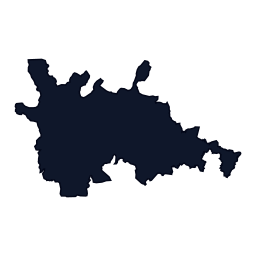 outline of Chiconquiaco, Veracruz, Mexico
{"feature_id": "50627088B84819198582198", "entity_name": "Chiconquiaco", "entity_type": "district", "adm_level": 2, "iso_a3": "MEX", "parent_name": "Mexico", "parent_adm1": "Veracruz", "projection": "orthographic", "projection_center": [-96.756, 19.758], "detail": "fine", "context": "isolated", "style": "filled", "palette": "ink", "viewbox_px": 256, "rotation_deg": 0, "n_neighbors": 0, "source": "geoboundaries", "source_scale": "gbopen_adm2", "svg_char_len": 5804}
<svg xmlns="http://www.w3.org/2000/svg" viewBox="0 0 256 256"><path d="M66.8,196.6L75.5,196.4L77.3,194.9L80.3,195.7L85.5,195.9L86.8,195.6L87.2,193.6L86.9,190.7L86.4,189.6L86.6,188.5L87.0,187.4L88.0,187.3L88.9,186.5L89.1,185.5L88.6,184.3L87.4,183.5L90.2,180.1L88.8,179.4L90.3,175.9L91.2,175.6L91.8,176.2L91.8,177.5L93.0,179.3L93.4,182.1L96.3,182.6L102.0,182.0L106.2,180.6L110.7,180.3L109.0,176.9L101.9,170.7L101.4,169.9L101.8,168.7L101.4,166.6L101.9,165.7L102.9,165.5L103.8,164.0L104.9,163.2L106.8,163.3L107.3,162.9L109.9,162.6L110.2,161.1L112.4,157.9L113.1,155.5L114.1,154.5L115.1,154.6L116.2,156.5L115.8,162.2L114.6,163.8L116.3,163.7L117.2,162.5L117.6,160.1L118.9,159.6L119.2,158.4L122.2,158.1L123.6,159.0L123.3,160.7L124.6,161.9L125.4,162.2L125.7,161.5L127.9,161.4L128.9,161.7L129.2,162.6L131.0,163.8L133.7,164.4L134.3,165.0L135.0,164.8L135.6,165.5L136.8,169.5L135.5,170.3L136.2,174.5L135.9,178.0L141.4,183.0L142.7,183.7L143.2,183.5L145.1,185.0L146.0,184.1L145.1,183.0L145.6,181.0L147.5,179.1L149.4,178.9L150.1,180.6L151.4,180.2L157.6,173.2L159.9,173.1L161.7,174.0L162.2,175.3L163.1,175.3L163.7,174.1L165.5,173.5L171.5,174.3L171.1,172.6L171.9,173.2L172.5,171.7L171.6,168.6L171.6,166.7L173.0,166.6L173.4,165.7L174.1,166.0L174.2,166.6L174.6,166.5L176.0,167.6L177.6,168.1L178.7,166.4L178.1,165.6L179.3,165.4L179.8,163.9L181.6,164.9L183.0,163.5L184.5,163.1L186.4,164.8L188.7,165.4L190.0,166.9L190.2,168.1L192.0,167.1L194.8,167.3L195.5,166.8L195.0,165.5L197.4,165.3L198.2,166.1L200.4,170.8L203.0,171.3L203.3,170.0L202.7,169.5L204.2,168.4L203.1,166.9L204.3,165.4L204.2,164.6L204.8,164.2L204.9,163.0L205.6,162.5L205.6,161.8L204.8,161.4L204.3,161.8L203.1,160.5L201.7,160.1L201.5,158.0L202.5,156.8L201.8,155.7L203.1,155.4L203.0,153.8L203.6,154.0L203.6,152.9L204.0,153.2L204.0,152.1L204.7,152.5L205.0,151.6L206.7,152.2L207.2,151.3L207.7,151.4L209.0,148.8L210.8,149.2L211.5,150.1L211.6,151.0L212.6,152.5L212.5,153.2L214.2,152.7L214.4,152.2L214.4,152.8L215.0,152.3L214.7,153.0L216.4,153.3L219.3,152.6L221.0,154.9L220.6,155.6L220.6,157.8L219.5,158.5L221.0,159.8L221.3,160.9L222.4,161.8L222.4,163.4L221.6,164.2L221.9,165.4L220.8,165.7L221.3,166.5L220.3,167.9L220.7,167.9L221.2,169.2L220.9,170.4L222.0,171.1L222.8,171.1L223.9,172.0L224.4,173.1L224.1,173.9L224.2,175.8L225.9,176.0L226.2,177.0L227.2,177.3L227.6,176.0L228.7,175.0L228.8,175.6L229.9,174.8L229.8,173.0L231.6,169.7L234.1,168.0L234.4,167.0L233.7,166.7L234.1,165.4L235.3,164.1L234.4,163.2L235.3,161.9L237.2,161.0L237.4,159.6L237.1,158.8L238.1,156.9L237.2,156.9L237.4,156.4L239.4,155.6L240.6,153.8L240.6,153.1L240.2,152.5L238.9,152.2L234.2,153.3L233.0,152.1L232.6,150.7L229.2,150.0L229.1,150.8L226.6,150.4L226.5,150.0L225.0,149.3L223.5,149.3L221.5,148.0L220.6,148.2L220.1,147.9L220.1,146.7L217.8,146.4L217.9,142.8L216.3,140.8L211.6,142.1L210.6,143.0L210.1,142.7L209.5,143.7L209.5,143.4L209.0,143.7L208.4,143.3L207.4,143.6L206.3,142.7L205.9,141.0L205.4,140.7L204.9,141.2L204.8,140.3L204.3,139.9L204.9,139.5L204.5,139.3L203.7,140.3L202.9,139.8L202.6,140.6L197.7,138.2L196.6,137.0L199.1,127.2L195.1,127.0L194.7,127.7L192.9,128.4L189.7,129.2L188.1,129.1L186.2,130.1L185.7,131.7L185.5,131.2L185.3,131.6L184.6,131.5L184.6,131.8L184.0,131.5L183.3,132.2L182.5,131.2L181.9,131.9L181.8,128.9L179.7,124.9L179.7,123.4L176.9,123.8L176.2,124.3L175.4,122.1L173.7,121.5L171.4,119.7L171.1,118.2L169.6,116.6L169.6,113.8L169.2,113.2L169.8,111.1L169.1,109.6L169.1,106.9L167.1,102.6L166.1,104.2L165.8,103.9L163.1,103.9L160.9,102.7L159.4,102.4L157.5,102.4L155.8,103.0L155.3,101.8L157.7,99.2L157.8,96.6L155.1,96.9L152.9,96.1L149.3,96.7L142.3,95.0L139.0,93.2L137.8,89.9L137.0,88.8L137.4,87.9L136.0,85.7L135.8,84.7L136.2,83.3L138.2,80.7L140.4,80.8L141.7,80.3L144.4,80.5L148.3,75.3L148.8,71.0L149.9,69.6L149.9,68.7L150.7,67.2L149.0,66.0L148.4,64.5L148.9,63.0L147.7,61.5L144.8,60.8L140.8,65.7L138.9,66.9L137.4,69.7L136.4,73.6L136.6,75.5L134.5,81.3L133.5,83.0L133.1,86.5L131.3,89.3L130.2,90.1L127.9,90.6L124.3,88.8L121.1,88.5L120.0,89.2L118.0,91.6L116.9,93.9L112.0,93.1L111.3,92.2L109.2,92.3L106.5,91.1L99.9,86.2L99.7,85.3L102.5,82.0L103.0,80.8L101.0,79.6L100.6,78.8L96.9,81.3L94.7,83.9L93.5,87.1L94.0,90.0L92.2,91.7L91.6,92.9L85.4,97.1L83.3,97.8L80.6,96.7L79.5,93.5L79.3,91.5L79.9,90.4L80.3,87.4L80.8,86.5L83.5,85.1L85.2,84.8L85.9,82.7L86.7,82.4L87.4,80.3L89.1,77.7L89.4,75.8L86.4,71.2L85.7,71.4L84.0,73.7L81.5,75.2L81.0,76.4L76.7,73.7L74.6,73.0L73.4,73.8L71.9,76.6L70.7,77.7L69.9,79.5L69.9,82.1L67.5,82.7L65.7,84.9L61.4,84.8L57.8,86.2L56.9,86.1L55.4,83.4L56.2,81.6L55.9,80.3L55.1,79.0L54.2,78.1L52.9,77.8L52.4,76.2L49.5,76.3L47.9,74.5L47.2,72.5L48.1,71.1L47.7,70.2L46.6,69.5L46.6,68.8L48.6,66.0L47.8,64.6L46.4,64.5L45.2,60.6L41.7,59.4L28.3,59.9L28.5,62.6L29.1,63.3L29.4,65.1L28.5,67.4L28.4,71.2L30.8,74.3L31.7,77.3L33.9,80.4L35.0,82.9L35.0,83.9L37.8,86.7L37.3,87.9L37.8,88.4L37.5,89.5L36.8,89.3L36.9,89.9L37.8,90.6L39.9,91.1L40.8,93.9L41.0,95.7L38.8,100.2L39.7,101.9L37.8,106.5L37.1,106.6L36.5,107.4L33.4,107.9L29.1,107.9L25.1,106.4L23.0,104.5L22.7,103.5L21.9,103.2L16.5,103.7L15.7,104.6L15.4,106.7L16.3,108.0L15.6,109.8L15.6,111.4L16.6,112.0L17.0,113.4L19.3,114.3L21.5,114.4L22.3,113.0L22.9,112.7L23.6,113.0L23.6,113.6L26.0,114.8L27.7,118.0L28.8,118.6L30.5,120.6L33.8,121.0L37.2,122.0L38.0,125.8L39.8,129.4L39.5,130.4L41.2,134.5L41.0,136.8L40.2,137.7L39.7,137.5L36.7,140.6L36.8,144.3L34.8,146.4L36.2,149.8L40.4,150.1L38.2,152.9L39.3,155.1L38.6,159.1L38.8,160.5L38.4,161.1L38.7,163.0L39.7,164.0L40.1,165.3L39.3,166.9L39.3,167.8L40.2,168.5L40.5,170.5L40.2,172.4L41.8,171.8L43.4,169.2L44.5,169.1L44.3,171.4L42.7,173.8L44.1,178.5L46.4,179.6L46.8,180.4L48.1,180.1L49.7,180.6L51.3,180.2L51.5,180.6L52.2,180.5L52.2,179.9L53.8,179.9L54.6,180.2L55.3,181.8L58.1,181.7L59.6,182.6L61.0,188.9L60.3,193.8L61.4,195.9L65.6,195.9L66.8,196.6Z" fill="#0f172a" stroke="#020617" stroke-width="1.5"/></svg>